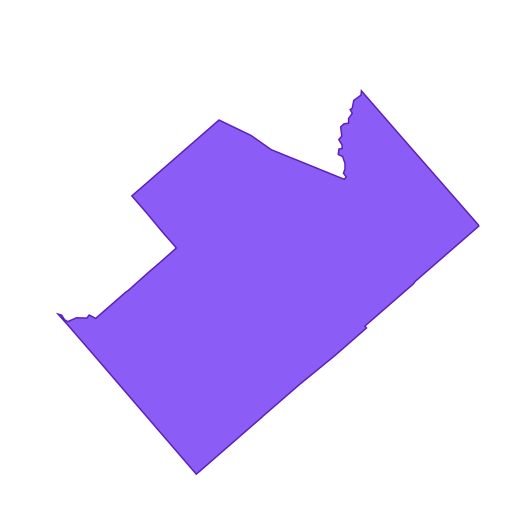 Pinal, Arizona, United States of America, rotated 319°
{"feature_id": "52423323B99674467123190", "entity_name": "Pinal", "entity_type": "district", "adm_level": 2, "iso_a3": "USA", "parent_name": "United States of America", "parent_adm1": "Arizona", "projection": "natural_earth1", "projection_center": [-111.21, 32.984], "detail": "fine", "context": "isolated", "style": "filled", "palette": "violet", "viewbox_px": 512, "rotation_deg": 319, "n_neighbors": 0, "source": "geoboundaries", "source_scale": "gbopen_adm2", "svg_char_len": 939}
<svg xmlns="http://www.w3.org/2000/svg" viewBox="0 0 512 512"><g transform="rotate(319 256 256)"><path d="M317.3,129.1L231.3,129.2L201.7,129.2L201.7,135.0L201.7,152.1L201.1,178.8L201.2,194.1L201.1,197.7L190.1,197.8L179.1,197.9L164.2,197.8L135.7,198.2L134.8,197.8L94.0,197.9L91.4,191.1L87.6,191.9L80.0,184.9L70.9,182.0L69.7,178.5L70.5,173.1L68.5,170.0L68.7,186.8L68.6,228.8L68.0,334.9L67.8,381.5L155.6,381.5L156.0,381.4L203.9,381.5L250.6,382.9L292.2,382.8L292.2,380.3L356.3,380.3L359.3,379.6L372.0,379.6L404.2,379.6L443.8,379.6L444.2,378.1L443.9,255.0L443.9,254.3L443.9,200.5L440.8,203.5L431.9,202.7L425.6,207.6L423.1,207.3L422.3,211.4L416.0,213.0L413.0,216.5L409.2,214.0L404.6,214.1L399.4,221.8L394.9,222.4L393.8,228.5L391.6,231.4L388.8,229.7L384.7,233.3L386.6,237.8L383.9,244.5L380.2,248.8L376.3,250.9L376.0,255.5L372.9,256.0L337.3,185.9L335.4,178.3L331.3,161.7L317.3,129.1Z" fill="#8b5cf6" stroke="#5b21b6" stroke-width="1.5"/></g></svg>